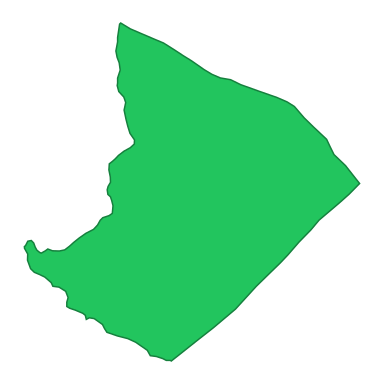 the district of Felo-Jekwi, Grand Kru, Liberia
{"feature_id": "62588387B92809240343923", "entity_name": "Felo-Jekwi", "entity_type": "district", "adm_level": 2, "iso_a3": "LBR", "parent_name": "Liberia", "parent_adm1": "Grand Kru", "projection": "natural_earth1", "projection_center": [-8.409, 4.727], "detail": "fine", "context": "isolated", "style": "filled", "palette": "green", "viewbox_px": 384, "rotation_deg": 0, "n_neighbors": 0, "source": "geoboundaries", "source_scale": "gbopen_adm2", "svg_char_len": 1718}
<svg xmlns="http://www.w3.org/2000/svg" viewBox="0 0 384 384"><path d="M359.6,183.5L355.4,178.2L346.9,167.4L345.6,165.7L334.0,154.6L330.1,146.7L326.6,139.3L313.3,126.8L304.1,117.8L294.4,106.5L287.1,101.9L276.5,97.3L269.5,94.9L258.4,91.0L240.8,84.7L230.6,79.7L220.2,77.9L211.9,74.3L204.1,69.6L191.8,61.0L183.1,55.6L174.6,50.0L163.5,43.0L154.2,39.1L140.4,33.2L130.2,28.8L120.7,23.0L119.6,24.1L117.6,37.5L117.6,41.9L115.9,51.0L117.1,57.3L119.2,62.8L120.2,70.1L117.6,78.1L117.6,83.0L117.2,85.6L118.8,91.6L123.8,97.0L125.7,102.5L124.1,110.1L126.0,119.2L127.8,126.3L130.0,133.4L134.5,139.9L134.3,144.0L130.3,147.7L124.1,151.1L118.5,155.4L115.3,158.8L112.4,161.4L109.3,163.8L108.9,169.9L110.3,177.0L110.5,182.3L108.1,186.4L107.2,189.8L107.9,194.5L110.4,196.7L111.7,200.5L113.0,205.8L112.3,213.4L109.1,215.6L102.8,217.7L100.2,220.3L97.6,225.0L93.5,229.4L85.9,233.3L79.2,238.0L73.6,242.5L69.4,246.3L64.7,249.9L59.3,251.0L52.5,250.8L47.8,249.0L45.4,250.8L41.3,253.1L39.9,252.6L36.9,250.2L35.2,247.1L33.7,243.0L31.3,240.5L27.8,241.2L25.5,245.7L24.4,246.5L24.5,248.3L27.7,254.0L27.5,260.2L30.6,268.7L34.3,272.3L38.8,274.2L44.7,277.0L51.2,282.6L52.9,286.3L58.9,287.1L65.7,291.3L68.1,297.6L66.8,302.2L66.8,306.5L69.8,308.3L75.2,310.1L78.5,311.5L82.8,313.3L85.3,315.3L86.3,319.4L89.3,317.8L94.2,318.6L102.5,324.5L104.6,328.7L106.9,332.3L109.8,333.3L117.3,335.9L127.8,338.6L135.6,342.2L141.7,346.4L147.3,350.3L150.3,355.7L156.4,356.5L162.8,358.6L166.3,360.4L170.3,360.4L171.3,361.0L180.8,353.5L196.5,341.0L213.2,327.9L235.5,309.1L256.2,286.4L265.7,277.1L280.4,262.8L287.9,254.9L292.4,249.7L298.9,242.2L310.9,229.9L319.1,220.1L339.1,203.1L342.6,200.0L349.2,194.1L359.6,183.5Z" fill="#22c55e" stroke="#15803d" stroke-width="1.5"/></svg>